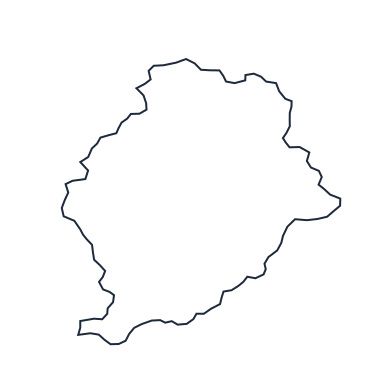 Simão Pereira, Minas Gerais, Brazil, rotated 77°
{"feature_id": "56859067B55911598302165", "entity_name": "Simão Pereira", "entity_type": "district", "adm_level": 2, "iso_a3": "BRA", "parent_name": "Brazil", "parent_adm1": "Minas Gerais", "projection": "equal_earth", "projection_center": [-43.289, -21.963], "detail": "fine", "context": "isolated", "style": "outline", "palette": "slate", "viewbox_px": 384, "rotation_deg": 77, "n_neighbors": 0, "source": "geoboundaries", "source_scale": "gbopen_adm2", "svg_char_len": 1662}
<svg xmlns="http://www.w3.org/2000/svg" viewBox="0 0 384 384"><g transform="rotate(77 192 192)"><path d="M137.7,294.1L147.7,288.4L155.4,293.0L154.2,305.9L155.9,313.4L164.7,312.7L171.1,317.7L178.3,322.5L186.8,322.5L193.6,313.1L203.5,309.2L209.0,307.8L214.2,305.3L221.0,301.3L228.5,302.1L236.0,302.6L242.4,298.3L249.4,294.4L254.7,298.0L258.7,302.8L266.9,300.6L270.8,294.8L275.0,291.2L281.6,293.7L286.3,300.3L291.6,302.0L295.8,308.1L293.4,316.0L292.6,329.9L299.1,331.4L305.6,335.0L306.8,322.7L310.0,314.9L316.2,310.6L322.0,305.6L323.6,297.6L322.0,290.1L316.2,285.2L311.3,278.8L309.4,270.8L308.2,260.1L309.7,251.8L313.3,247.5L313.3,240.8L318.0,235.8L319.3,226.8L316.2,219.3L311.6,215.0L313.3,207.9L310.0,199.6L307.5,189.9L301.0,186.6L296.1,183.7L296.6,175.5L294.0,168.1L291.1,162.2L287.0,157.2L290.3,149.6L288.4,140.8L283.8,137.5L278.2,137.5L272.6,132.2L268.1,122.1L261.6,116.4L255.2,113.2L247.2,106.8L241.7,97.7L245.3,86.4L246.5,75.9L246.5,65.9L242.7,58.7L238.7,50.8L231.8,49.0L225.6,58.0L218.7,62.7L213.3,67.0L206.6,62.2L200.0,63.6L194.9,70.6L187.6,73.1L179.9,68.8L172.4,77.0L170.4,86.9L164.7,89.6L159.9,91.3L155.7,86.7L149.9,81.9L143.3,80.5L136.8,78.9L131.3,75.9L125.9,74.5L122.2,80.1L113.4,84.4L104.8,85.6L101.1,94.9L95.2,98.8L90.6,105.2L90.1,113.6L95.2,115.0L95.5,126.0L92.0,134.0L85.9,135.4L79.7,137.9L77.4,147.3L74.9,155.8L67.2,160.5L61.1,167.9L62.4,178.4L62.1,191.2L60.4,200.9L64.2,207.0L73.0,207.0L76.0,213.6L78.4,222.8L87.0,217.5L95.2,216.7L101.5,217.8L103.9,225.6L102.2,234.0L105.9,238.6L108.5,245.0L113.4,249.3L117.7,252.5L117.9,260.1L118.4,269.0L123.5,273.6L127.1,279.8L134.5,285.2L137.7,294.1Z" fill="none" stroke="#1e293b" stroke-width="2"/></g></svg>